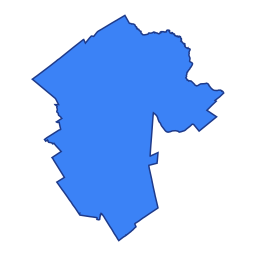 outline of Scurtu Mare, Teleorman, Romania
{"feature_id": "2599482B34296356322698", "entity_name": "Scurtu Mare", "entity_type": "district", "adm_level": 2, "iso_a3": "ROU", "parent_name": "Romania", "parent_adm1": "Teleorman", "projection": "albers", "projection_center": [25.289, 44.364], "detail": "fine", "context": "isolated", "style": "filled", "palette": "blue", "viewbox_px": 256, "rotation_deg": 0, "n_neighbors": 0, "source": "geoboundaries", "source_scale": "gbopen_adm2", "svg_char_len": 5550}
<svg xmlns="http://www.w3.org/2000/svg" viewBox="0 0 256 256"><path d="M117.6,238.9L118.8,240.6L119.8,239.8L123.2,237.2L123.9,236.7L124.4,236.5L126.3,235.2L126.2,235.0L126.4,235.0L127.7,234.1L131.3,231.2L131.5,230.9L132.7,230.0L134.7,227.9L136.0,226.8L134.8,224.0L134.9,223.8L135.0,223.5L139.2,220.8L140.6,219.7L143.1,217.9L145.0,216.7L150.4,213.0L157.8,208.1L158.0,207.9L156.4,201.1L155.1,195.7L154.8,194.2L153.2,186.9L151.5,178.5L149.3,168.6L148.9,166.2L148.8,165.7L148.9,165.3L157.1,163.2L157.1,162.3L157.3,161.1L158.0,152.6L150.2,156.1L150.1,155.9L150.8,145.5L151.5,136.9L153.0,116.6L153.3,113.4L153.4,112.8L154.7,113.8L156.6,115.6L156.9,116.2L157.7,117.8L158.0,119.1L159.0,121.6L159.2,121.9L159.8,122.5L160.5,123.5L161.2,125.2L161.5,125.8L163.9,128.9L165.1,130.5L166.0,131.4L166.7,131.8L167.7,132.1L168.5,132.1L170.3,131.7L172.4,130.9L175.4,130.7L176.1,130.8L177.9,131.2L178.1,131.3L179.0,132.0L179.5,132.1L181.2,131.7L183.7,130.9L183.9,130.9L185.4,130.1L186.4,129.1L190.1,126.2L192.2,124.2L193.2,124.3L193.7,124.5L199.1,131.1L216.6,116.8L206.9,110.3L211.9,105.3L216.2,101.2L215.0,100.4L219.7,96.8L223.7,93.0L223.5,92.7L223.1,91.8L222.6,91.3L222.3,91.2L221.8,91.4L221.6,91.2L221.7,90.7L221.1,90.4L220.4,90.1L220.0,90.1L219.2,90.2L218.8,90.1L217.4,90.5L216.4,90.5L214.7,90.4L214.1,90.3L213.0,89.8L212.6,89.5L212.4,89.2L211.9,89.0L210.8,87.8L210.2,87.1L209.8,86.4L209.4,86.0L209.1,85.8L209.1,85.6L208.8,85.3L208.8,84.8L208.3,84.1L208.1,83.9L207.7,83.8L207.2,83.4L206.3,83.2L205.7,83.5L203.9,83.7L200.7,83.9L199.3,84.6L198.0,85.5L196.5,85.9L196.3,85.8L195.8,85.4L195.5,85.4L194.7,84.8L194.5,84.3L192.3,82.1L191.7,81.6L190.7,81.1L190.7,80.9L190.2,81.0L189.1,80.7L189.0,80.8L188.7,81.0L188.6,80.9L188.3,80.4L187.8,80.3L187.5,79.8L187.4,79.8L187.3,80.1L187.2,80.1L187.1,79.8L186.9,79.5L186.7,78.8L186.0,78.1L185.8,77.7L186.5,76.8L186.6,76.4L186.6,76.2L186.3,75.4L186.8,74.3L186.8,73.5L187.0,72.8L187.0,72.3L187.6,72.0L187.7,71.5L187.8,71.3L188.4,70.7L188.5,70.4L188.8,70.0L189.9,68.7L190.3,67.7L190.8,67.3L192.1,65.1L192.5,64.0L192.5,63.5L191.9,62.7L191.3,62.4L190.0,61.7L189.7,61.3L189.6,61.2L189.9,59.3L190.0,58.1L189.0,55.6L188.9,54.6L189.2,53.3L189.2,53.1L189.0,52.5L189.0,52.2L189.4,51.1L189.9,50.2L190.1,49.4L190.0,49.1L189.0,48.6L188.5,48.5L188.0,48.6L187.9,48.4L187.9,47.8L187.3,48.1L187.1,48.1L186.6,47.9L186.0,47.5L185.5,47.2L185.3,46.8L184.7,46.1L184.7,45.8L185.1,45.8L185.1,45.7L185.0,45.3L184.7,44.8L184.9,44.3L184.8,43.7L184.6,43.6L184.0,44.0L183.8,43.9L183.7,43.8L183.7,43.4L182.8,42.9L182.1,41.9L181.3,41.6L181.1,41.3L181.0,41.2L181.5,40.9L181.4,40.4L181.1,40.0L181.1,39.9L181.2,39.6L181.5,39.2L181.4,38.8L181.1,38.8L181.0,38.5L180.8,38.3L180.7,37.6L180.6,37.2L180.4,36.7L180.0,36.5L180.0,36.8L179.8,36.8L179.0,36.4L178.9,36.5L178.9,36.9L178.5,37.0L178.4,36.9L178.0,36.2L177.7,36.1L177.6,36.6L177.4,36.7L176.6,36.4L176.2,35.9L175.8,35.9L175.6,35.7L175.2,35.8L175.0,35.7L174.9,35.3L174.5,35.0L174.6,34.6L174.5,34.2L174.4,34.1L174.2,34.4L173.9,34.2L173.6,34.1L173.4,33.8L173.2,33.8L173.1,33.5L172.6,33.3L172.5,33.1L172.5,32.7L172.4,32.6L171.9,32.6L171.9,33.4L171.8,33.5L171.1,33.4L170.1,32.9L169.9,32.4L169.5,31.9L169.4,31.7L169.6,31.2L169.7,30.9L169.6,30.7L169.1,30.9L169.1,30.3L169.0,30.2L168.1,30.1L167.6,30.1L166.9,30.3L166.6,30.7L166.5,30.9L166.4,31.6L166.2,31.9L165.8,32.0L165.2,31.9L164.6,32.1L164.3,31.9L163.8,31.9L163.1,31.6L162.2,31.8L161.9,31.6L161.1,31.7L161.0,32.0L161.0,32.3L161.0,32.5L160.8,32.5L160.7,32.4L160.7,32.1L160.4,32.1L160.0,32.7L160.0,33.2L159.3,33.7L158.3,33.7L157.1,33.0L156.2,32.9L155.4,32.5L154.7,32.9L154.2,32.5L154.2,32.1L153.8,32.0L152.0,32.9L151.1,33.1L150.5,33.2L149.2,33.0L148.6,33.1L148.1,34.0L147.6,34.3L144.1,34.9L143.4,34.8L142.7,34.7L142.3,34.3L141.8,33.5L141.3,33.2L141.0,32.9L140.9,32.4L141.0,32.0L141.0,31.4L140.5,31.3L140.2,31.0L139.7,30.8L139.2,30.3L138.9,29.5L138.3,29.5L138.1,29.2L137.7,28.7L137.3,28.9L137.0,28.8L137.0,28.2L136.5,27.8L136.7,27.5L136.7,27.3L136.4,26.9L135.5,26.3L134.7,24.6L133.0,23.9L131.6,24.0L130.9,23.5L129.6,23.4L129.3,23.2L124.9,15.4L112.1,22.9L103.8,27.9L103.1,28.3L102.0,29.0L99.0,30.7L97.6,31.6L96.7,32.6L93.7,36.4L91.7,36.0L91.2,36.2L89.5,38.0L85.4,43.1L83.7,39.5L83.2,39.7L73.5,47.3L59.4,58.7L57.6,59.9L56.2,61.1L49.3,66.5L37.0,75.8L34.2,77.8L33.9,78.0L33.7,78.3L32.3,79.2L55.2,98.3L55.4,98.5L55.9,99.3L58.6,104.6L55.0,104.6L55.2,104.9L56.0,105.3L56.3,105.7L57.1,106.5L57.0,106.8L56.8,107.4L56.8,107.7L57.2,108.7L57.3,109.8L57.3,110.1L56.9,110.9L56.8,111.4L56.9,111.9L57.2,112.4L57.8,112.8L58.2,113.3L58.3,113.5L58.3,114.2L58.6,115.2L60.4,116.7L60.5,116.9L60.9,117.2L61.4,118.0L61.8,118.4L61.1,118.9L56.4,121.9L57.0,122.3L57.8,122.5L59.2,122.3L59.3,123.0L59.6,124.7L60.7,129.3L60.2,129.7L59.4,129.9L58.9,130.1L47.0,137.6L44.5,139.5L45.7,141.2L47.5,140.0L48.0,140.8L47.9,141.1L48.0,141.4L48.7,142.3L49.1,142.4L50.6,142.6L52.0,143.0L52.3,143.2L52.4,143.5L52.7,143.5L52.9,143.9L54.0,143.3L55.7,145.5L61.2,151.5L52.0,157.6L52.9,158.7L53.7,160.2L60.2,170.6L64.4,177.4L56.8,182.1L57.9,183.6L61.9,189.3L63.7,191.7L67.6,197.2L69.6,200.2L71.1,202.1L72.7,204.7L75.1,207.9L79.0,213.8L79.7,213.4L79.6,214.7L79.7,214.9L80.0,215.1L89.8,216.6L92.9,217.0L96.7,217.6L97.0,217.8L97.1,218.1L96.9,219.4L97.4,219.5L98.3,219.8L98.6,219.8L99.5,219.6L99.7,219.4L99.9,217.3L100.2,216.1L100.3,214.5L100.5,214.3L101.1,214.6L101.4,214.6L100.9,214.1L100.9,213.9L101.0,213.4L101.4,213.5L101.9,214.0L102.4,214.7L102.5,214.7L103.9,216.7L105.2,218.9L107.5,222.6L108.6,224.4L110.3,227.1L111.8,229.3L114.2,233.5L116.6,237.1L117.6,238.9Z" fill="#3b82f6" stroke="#1e3a8a" stroke-width="1.5"/></svg>